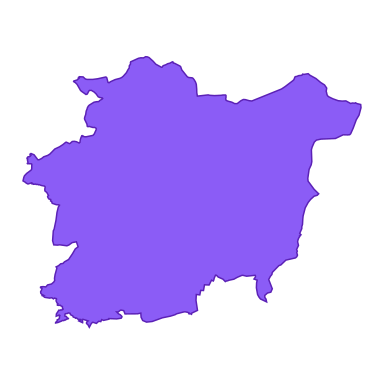 Sacel, Harghita, Romania
{"feature_id": "2599482B48323275068284", "entity_name": "Sacel", "entity_type": "district", "adm_level": 2, "iso_a3": "ROU", "parent_name": "Romania", "parent_adm1": "Harghita", "projection": "equal_earth", "projection_center": [24.895, 46.344], "detail": "fine", "context": "isolated", "style": "filled", "palette": "violet", "viewbox_px": 384, "rotation_deg": 0, "n_neighbors": 0, "source": "geoboundaries", "source_scale": "gbopen_adm2", "svg_char_len": 5729}
<svg xmlns="http://www.w3.org/2000/svg" viewBox="0 0 384 384"><path d="M266.6,301.9L266.0,299.1L264.8,297.4L264.8,295.4L267.5,293.0L270.8,292.2L272.3,288.8L268.7,279.5L270.4,276.3L271.9,274.5L272.3,272.4L278.9,265.6L280.9,264.9L285.9,260.1L295.5,257.9L296.8,256.7L297.5,255.1L296.7,252.6L297.3,251.2L296.6,249.5L298.5,245.4L297.6,241.8L298.0,239.9L298.8,237.9L299.9,236.2L299.6,235.9L301.0,234.8L299.7,233.4L301.8,228.6L301.8,226.6L302.5,224.4L302.8,218.9L303.1,216.0L305.2,207.9L308.2,202.4L310.6,199.4L314.1,196.2L317.2,195.3L318.7,193.8L314.1,189.3L308.1,181.2L307.8,178.4L309.1,169.4L311.2,164.8L311.8,161.7L311.4,149.8L312.1,147.2L314.3,142.1L316.4,140.1L321.0,139.1L335.4,138.5L343.2,134.8L347.7,134.9L349.7,134.7L350.7,133.7L353.2,128.1L356.3,119.7L359.0,115.2L361.0,107.7L360.7,104.5L357.0,103.6L355.5,102.8L354.8,103.2L352.3,103.0L350.7,103.5L345.9,100.9L342.2,101.1L338.2,100.7L332.9,98.8L328.6,96.7L327.5,95.7L326.7,93.8L326.8,93.4L326.2,91.3L326.7,88.1L324.5,84.9L320.7,82.5L315.9,78.5L309.9,75.2L308.2,73.7L303.9,74.4L302.7,74.1L301.8,75.3L298.7,75.6L296.8,76.4L295.5,76.6L294.9,77.0L293.9,79.7L292.7,80.8L285.1,86.6L281.5,89.0L251.8,101.0L249.2,100.7L245.3,99.6L243.3,99.5L240.8,100.8L237.2,103.6L234.6,103.6L231.9,102.2L227.5,101.0L226.1,100.3L225.7,98.9L226.0,97.4L226.0,95.5L225.6,95.0L223.0,95.0L221.3,95.3L214.5,95.6L209.7,95.3L208.2,94.9L197.4,96.1L196.8,92.9L196.7,89.1L196.3,84.3L195.5,82.0L194.2,79.8L193.0,78.3L192.1,77.8L188.7,77.5L187.3,76.8L181.8,69.9L180.6,66.6L179.9,66.0L174.4,63.2L173.3,63.1L173.1,62.1L172.4,61.8L169.8,63.2L167.7,63.7L165.7,64.8L163.1,65.7L162.2,67.1L161.5,67.3L155.8,64.2L153.1,61.2L149.1,57.6L147.5,56.9L145.6,56.7L143.5,57.9L140.8,57.8L138.4,58.3L130.7,61.8L130.4,62.7L130.5,64.0L129.3,65.8L129.2,68.0L128.1,69.5L126.4,72.7L123.3,76.2L121.7,77.5L120.0,78.3L115.1,79.6L110.5,81.7L109.1,82.7L108.0,82.4L106.8,77.8L106.3,77.2L105.7,77.0L97.5,78.8L92.8,79.4L87.0,79.4L85.4,79.0L83.1,76.9L79.3,76.7L79.1,76.9L79.5,77.5L79.3,78.0L78.7,78.6L78.3,78.2L78.1,79.0L77.2,79.9L73.8,81.0L73.6,81.4L73.9,81.8L75.3,82.6L77.1,84.4L80.5,90.4L81.5,91.3L86.0,94.5L87.3,94.0L88.8,91.1L89.5,90.4L91.4,90.4L94.1,92.0L96.1,93.9L98.2,96.8L99.7,97.5L102.2,97.9L102.7,98.4L102.4,98.9L99.8,100.5L98.7,101.6L96.6,101.7L94.0,102.2L89.3,105.1L88.4,106.0L87.4,107.7L87.1,108.9L86.2,111.1L85.7,114.5L84.7,117.3L84.5,118.7L84.7,119.5L86.9,124.0L87.3,126.4L88.0,126.7L89.1,126.4L93.0,127.5L94.6,127.4L96.1,128.3L96.3,128.9L96.1,129.8L94.2,134.0L92.9,135.4L86.0,136.8L84.2,136.7L83.3,136.1L82.9,136.5L82.2,135.6L81.8,135.7L80.9,137.8L80.3,139.7L80.0,142.3L79.1,143.0L76.4,141.7L74.2,141.3L72.2,141.5L70.1,143.4L69.4,143.6L66.4,142.2L65.7,142.3L62.9,144.6L59.5,146.8L54.8,149.0L49.8,154.1L47.7,155.4L43.7,156.8L41.6,158.5L38.9,159.8L37.8,159.7L34.1,154.8L31.0,153.5L30.0,154.2L31.0,155.2L30.7,155.6L30.3,155.6L30.2,156.2L29.6,156.3L29.5,156.7L28.0,156.8L27.1,157.9L27.0,158.7L27.7,158.9L27.5,160.6L28.0,162.2L27.9,162.8L27.3,163.3L27.5,163.7L31.4,163.8L31.8,164.2L31.7,169.1L31.1,170.1L26.7,173.4L24.5,175.7L23.8,177.4L23.0,180.9L25.2,182.2L26.2,183.1L28.0,184.0L31.7,182.8L32.1,183.1L31.9,183.7L32.9,183.7L33.2,184.3L35.7,184.1L36.2,184.5L36.6,184.4L37.8,184.4L38.3,184.8L39.3,184.7L41.4,185.5L44.5,186.1L45.2,187.0L44.8,189.1L44.9,190.9L46.8,192.5L48.5,195.5L47.7,196.2L47.6,196.7L48.0,197.7L48.9,199.0L50.7,199.5L50.6,201.0L51.6,201.5L52.2,203.3L56.3,204.7L58.7,204.8L59.5,205.2L58.3,207.1L57.0,212.4L56.0,220.2L54.1,229.3L53.3,230.8L52.6,240.7L53.8,244.9L57.6,245.1L59.7,244.8L66.9,245.8L68.9,245.0L72.2,242.6L76.4,241.8L78.1,246.8L75.3,248.9L72.4,253.9L68.6,259.5L64.4,261.9L63.1,263.4L60.7,263.8L58.5,265.7L56.1,266.9L56.8,267.8L56.8,268.4L55.1,274.6L54.5,278.3L54.7,280.5L53.8,282.0L51.5,284.0L47.6,284.9L45.8,286.9L43.2,286.6L40.9,286.8L40.5,287.2L40.6,287.8L41.7,288.1L42.0,288.4L41.6,289.9L40.6,291.8L40.8,293.2L41.7,294.3L43.4,295.2L41.5,295.4L43.4,296.1L44.3,297.1L45.0,297.4L49.6,298.1L51.8,297.7L53.4,298.9L54.4,298.1L56.4,298.6L56.6,299.1L56.1,300.0L56.1,301.0L57.1,303.1L57.9,303.7L57.3,304.8L57.4,305.2L59.1,305.4L60.2,305.2L61.2,306.1L62.0,306.3L62.5,306.9L62.4,308.0L63.1,309.0L63.0,309.4L61.7,310.0L60.9,309.8L60.0,310.3L58.9,310.1L56.4,313.9L56.2,316.2L59.0,315.1L59.6,315.2L59.9,315.6L59.3,316.9L59.5,317.7L59.3,318.5L58.0,319.6L57.3,319.7L57.2,320.8L55.6,322.5L55.6,323.0L58.0,322.5L61.5,321.1L62.4,320.5L63.8,320.6L65.0,319.8L65.6,320.0L66.1,319.4L68.3,318.7L68.4,318.4L67.3,317.9L66.4,316.5L65.0,316.2L64.8,315.0L65.3,313.7L67.4,313.5L68.3,312.9L70.1,313.3L70.5,314.7L72.8,315.9L73.2,317.0L75.5,317.9L75.6,318.2L76.6,318.0L78.1,319.3L80.9,319.5L81.0,319.7L80.8,320.0L79.1,320.5L78.7,320.9L82.2,322.5L82.6,322.7L82.7,322.2L82.4,320.3L82.9,319.3L88.1,320.9L87.0,321.8L86.4,323.0L86.8,323.8L87.9,324.7L89.3,327.3L91.1,323.9L92.4,322.4L93.0,322.3L96.4,323.4L98.7,321.3L100.8,321.6L101.7,319.6L103.5,320.4L108.9,319.2L108.9,318.6L116.7,318.9L121.2,318.2L122.0,316.8L121.7,316.2L120.2,314.7L118.4,313.7L116.7,311.9L118.3,311.9L120.4,310.2L121.1,310.1L123.7,310.6L125.0,313.9L137.6,313.8L140.8,313.1L141.1,317.3L142.7,320.5L146.5,322.1L152.2,321.5L162.4,317.8L170.6,316.1L175.1,314.7L176.6,313.8L184.0,311.9L185.1,311.8L187.6,312.3L189.1,313.0L188.8,313.7L189.2,313.9L189.6,313.4L191.5,314.3L191.8,313.1L197.5,310.4L196.0,300.4L196.3,294.5L199.8,294.9L200.7,290.4L203.5,290.5L204.5,284.8L209.1,285.0L211.5,280.2L213.3,281.0L213.8,280.0L214.2,278.2L215.5,275.2L216.5,275.3L218.1,277.0L223.0,279.2L225.3,281.6L226.6,280.9L227.8,280.8L228.7,280.3L233.9,279.2L237.3,277.3L241.8,275.4L242.8,275.3L246.6,276.2L255.1,275.3L255.5,276.0L255.4,277.1L254.0,279.0L257.2,280.2L256.6,282.8L256.4,287.8L257.6,294.6L259.1,297.3L260.5,299.0L266.6,301.9Z" fill="#8b5cf6" stroke="#5b21b6" stroke-width="1.5"/></svg>